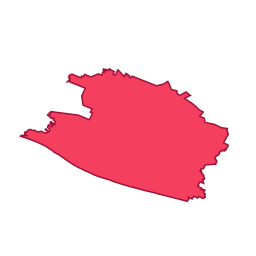 the district of Aldama, Tamaulipas, Mexico, rotated 106°
{"feature_id": "50627088B37332042551424", "entity_name": "Aldama", "entity_type": "district", "adm_level": 2, "iso_a3": "MEX", "parent_name": "Mexico", "parent_adm1": "Tamaulipas", "projection": "equal_earth", "projection_center": [-97.97, 22.96], "detail": "fine", "context": "isolated", "style": "filled", "palette": "rose", "viewbox_px": 256, "rotation_deg": 106, "n_neighbors": 0, "source": "geoboundaries", "source_scale": "gbopen_adm2", "svg_char_len": 5651}
<svg xmlns="http://www.w3.org/2000/svg" viewBox="0 0 256 256"><g transform="rotate(106 128 128)"><path d="M165.6,229.2L165.7,223.4L166.2,216.2L166.8,210.7L167.1,208.4L168.3,201.6L168.5,200.8L168.9,199.9L169.0,199.0L169.1,198.9L169.3,198.9L169.6,198.2L169.8,197.2L170.4,194.8L170.9,193.5L171.3,193.0L171.7,192.0L172.7,187.3L172.9,186.9L173.9,183.7L174.1,183.4L174.5,181.8L175.4,179.5L175.5,179.2L176.4,176.5L176.9,174.9L178.0,171.3L178.7,169.0L179.5,165.4L180.1,161.6L180.6,159.4L180.6,158.9L181.1,156.3L181.1,156.0L181.5,152.4L181.8,150.5L182.1,149.4L182.2,148.9L182.6,145.2L182.8,143.9L182.9,136.7L182.9,135.7L183.0,135.3L182.9,133.3L183.1,130.4L183.5,126.7L183.5,124.7L183.8,116.5L183.7,113.4L183.8,111.2L183.6,104.9L183.6,104.4L183.6,104.1L183.3,103.8L183.3,103.7L183.6,103.5L183.6,103.4L183.6,102.5L183.6,100.5L183.3,90.9L183.1,87.6L182.9,84.4L183.0,81.3L183.0,80.2L183.0,79.5L182.8,78.0L182.8,76.5L182.6,67.5L182.2,55.7L182.2,50.9L180.4,50.3L179.4,49.9L179.2,49.9L178.6,50.4L178.2,50.4L178.0,50.6L178.5,46.8L175.4,46.0L176.1,41.7L174.4,41.3L175.0,36.4L174.1,35.5L173.7,35.5L173.5,35.2L173.5,34.8L173.4,34.7L173.1,34.8L172.8,35.0L172.3,35.1L171.3,35.6L170.5,35.5L170.2,35.7L169.9,35.8L169.6,37.6L166.7,37.0L166.3,37.2L166.4,37.8L166.5,37.8L166.4,38.5L166.9,38.6L166.7,39.7L167.3,39.9L167.2,40.7L165.6,40.4L165.0,44.6L164.1,44.3L164.1,44.8L160.0,44.1L160.4,40.0L158.7,40.9L158.3,41.5L158.0,41.7L157.8,42.0L157.4,42.0L157.3,41.7L157.0,41.9L156.6,41.9L156.4,41.3L156.3,40.9L156.2,40.6L155.8,40.4L155.2,40.8L155.0,41.0L154.8,40.9L154.4,41.4L154.0,41.6L153.8,41.7L153.5,41.7L153.2,41.9L152.6,42.1L152.2,42.9L152.2,43.2L152.1,43.3L152.0,43.6L152.0,43.9L151.8,43.8L151.6,43.9L151.5,44.4L151.4,44.5L150.9,44.6L150.8,44.9L150.3,44.8L150.1,45.2L149.2,45.7L149.8,45.8L149.7,46.9L146.9,46.6L146.9,45.9L146.8,45.6L146.3,44.2L142.2,43.5L138.6,33.7L138.1,33.9L137.7,34.0L137.3,33.9L136.9,33.4L136.7,33.3L135.4,33.6L135.5,34.1L135.4,34.2L135.2,34.2L134.7,34.1L134.2,34.7L133.9,35.6L133.6,35.9L132.9,35.9L132.3,36.0L131.9,35.8L131.5,35.9L131.3,35.8L131.1,35.6L130.9,35.8L129.8,34.5L128.9,33.7L128.6,33.4L127.7,33.1L127.2,33.2L126.9,33.5L126.7,33.6L125.8,33.0L125.4,33.1L125.2,32.9L125.0,32.7L124.7,31.9L124.3,31.7L123.8,31.6L123.4,31.2L123.3,30.8L123.3,30.3L123.7,29.7L123.4,28.8L123.3,28.6L123.1,28.5L122.7,28.7L122.1,29.1L121.9,29.0L121.5,28.7L121.8,27.8L118.7,27.1L117.7,26.8L117.1,26.9L116.6,27.6L116.0,31.9L114.9,31.9L111.4,31.0L109.3,30.8L108.1,30.3L106.3,29.8L103.3,32.0L101.1,32.4L102.0,38.5L100.7,45.8L101.3,55.6L97.5,57.4L97.1,62.2L91.9,60.1L90.8,64.9L88.8,68.4L86.4,73.9L85.2,78.0L84.0,82.0L79.5,77.0L77.4,82.2L82.4,87.2L81.5,90.1L78.7,91.4L79.1,96.8L74.0,100.9L72.2,102.6L75.1,105.2L76.3,106.6L78.9,111.0L79.6,112.2L77.0,138.3L78.9,138.9L78.7,140.9L77.4,140.7L77.3,140.8L77.0,143.5L76.4,143.4L76.2,145.2L79.6,145.8L75.0,153.3L75.0,153.8L80.6,154.7L80.3,157.2L77.5,156.7L77.0,161.2L76.4,161.1L76.3,162.2L78.0,162.6L77.7,164.8L78.3,164.7L77.9,167.7L79.1,167.9L79.4,165.5L81.0,166.0L80.8,167.4L84.5,167.9L84.1,171.4L89.1,177.6L88.4,184.5L91.1,184.9L90.9,187.0L92.7,187.3L91.7,196.7L93.5,199.0L94.4,198.8L94.5,198.9L95.0,198.6L95.1,198.9L95.3,199.1L95.5,198.8L95.3,198.6L95.4,198.3L95.6,198.3L96.1,198.0L96.1,197.9L96.3,197.9L96.6,198.1L96.8,197.8L96.8,197.6L97.2,197.9L97.3,197.7L97.6,197.5L97.7,197.2L97.9,197.0L98.7,197.4L98.9,197.2L99.0,197.2L99.3,197.6L99.2,197.6L99.0,197.8L99.2,198.0L99.4,198.1L99.3,198.3L99.3,198.6L99.7,198.7L99.8,198.6L100.0,199.0L100.3,199.1L99.7,198.1L99.7,197.1L101.5,180.0L110.0,181.3L118.4,177.5L119.5,167.8L123.3,168.5L123.5,166.2L130.7,167.3L129.4,178.7L129.3,179.1L132.7,201.4L133.4,206.4L133.7,206.1L134.1,206.1L134.3,206.3L134.5,206.8L134.6,207.0L135.2,207.2L135.4,207.9L135.5,208.0L135.7,207.6L135.8,207.3L136.4,206.7L136.6,206.6L136.9,206.6L137.2,206.7L137.7,207.6L137.7,207.9L137.7,208.1L137.3,208.4L137.2,208.8L137.4,209.0L137.7,208.9L138.0,208.5L138.2,207.7L138.5,206.9L139.3,205.4L139.9,204.1L139.9,203.8L139.8,203.7L139.7,203.7L139.4,203.8L139.2,203.7L139.2,202.1L139.4,201.9L139.9,201.6L140.6,202.0L140.9,201.9L141.1,201.2L141.2,200.7L141.5,200.3L142.0,199.7L142.5,199.5L142.8,199.5L143.5,200.0L144.0,200.5L144.2,201.0L144.3,201.6L144.2,202.2L143.2,203.1L143.1,203.6L143.2,203.9L143.4,204.2L143.7,204.2L143.9,204.1L144.5,203.3L144.8,202.6L144.9,202.1L144.9,201.7L144.5,199.8L144.5,199.4L144.7,199.2L145.0,199.2L145.2,199.4L145.5,200.4L145.5,201.2L145.4,202.3L145.1,203.3L145.1,203.8L145.1,204.0L145.4,204.1L145.5,203.9L146.2,201.9L146.6,201.3L147.0,201.0L147.3,201.1L147.5,201.2L147.7,201.6L147.9,202.3L147.8,202.9L147.6,203.5L147.1,204.5L147.0,204.9L146.9,205.1L147.0,205.3L147.3,205.4L148.0,205.4L148.9,205.6L149.3,205.6L149.7,205.4L150.0,204.9L150.2,203.9L150.5,203.5L151.0,203.0L151.9,202.5L152.4,202.6L152.7,202.9L152.8,203.6L152.7,204.3L152.5,204.9L152.3,205.4L151.6,206.3L151.6,206.6L151.6,206.9L151.8,207.1L152.1,207.1L152.4,206.9L152.8,206.5L152.8,205.6L153.1,204.8L153.3,204.3L153.7,203.7L154.1,203.5L154.3,203.7L154.7,204.7L155.4,205.7L155.6,206.4L155.7,207.1L155.7,207.7L155.6,208.1L155.2,209.2L155.0,209.8L155.1,210.3L155.7,211.9L156.5,212.9L156.5,213.4L156.4,215.5L156.2,216.3L155.9,217.1L155.9,217.4L156.0,217.7L156.5,218.4L156.7,219.0L156.7,219.3L156.4,220.3L156.3,221.3L156.4,221.8L156.8,222.4L157.5,223.5L158.0,223.8L159.0,223.8L159.5,223.9L159.8,224.5L160.0,225.1L160.1,226.0L160.3,226.1L160.5,225.9L160.8,225.7L161.3,225.6L161.6,225.3L161.9,225.7L162.6,225.8L162.6,225.4L162.3,224.8L162.3,224.6L162.6,224.5L162.8,223.9L162.9,223.5L163.1,223.0L163.4,223.6L163.3,224.2L163.4,224.6L164.3,227.5L164.5,228.5L165.4,229.2L165.6,229.2Z" fill="#f43f5e" stroke="#9f1239" stroke-width="1.5"/></g></svg>